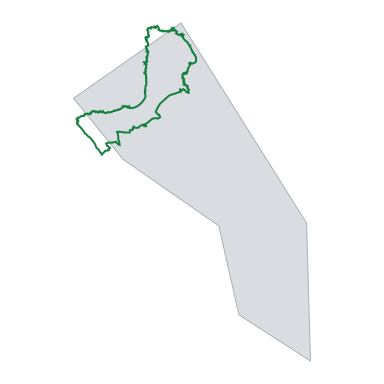 North Mahe, English River, Seychelles shown in context
{"feature_id": "34574756B41664711494427", "entity_name": "North Mahe", "entity_type": "district", "adm_level": 2, "iso_a3": "SYC", "parent_name": "Seychelles", "parent_adm1": "English River", "projection": "orthographic", "projection_center": [55.433, -4.604], "detail": "fine", "context": "in_parent", "style": "outline", "palette": "green", "viewbox_px": 384, "rotation_deg": 0, "n_neighbors": 0, "source": "geoboundaries", "source_scale": "gbopen_adm2", "svg_char_len": 5852}
<svg xmlns="http://www.w3.org/2000/svg" viewBox="0 0 384 384"><path d="M306.6,223.1L310.5,361.0L238.9,314.8L218.8,225.8L123.1,159.4L73.5,98.3L181.0,23.0L306.6,223.1Z" fill="#d9dde1" stroke="#a8b0b8" stroke-width="1"/><path d="M187.8,92.6L188.0,92.4L188.7,92.8L188.8,92.6L188.0,91.7L188.7,90.1L188.4,90.1L188.5,89.5L187.7,88.7L187.5,88.1L187.8,88.0L187.7,87.8L187.0,86.8L187.8,86.5L187.7,86.2L187.0,86.5L186.5,85.5L186.4,85.6L186.0,85.2L185.0,85.1L185.2,84.9L184.4,83.5L183.9,83.6L184.4,82.7L184.1,82.5L184.3,82.3L183.8,81.7L183.8,81.3L183.4,81.3L183.4,80.6L183.9,80.4L183.9,79.9L184.2,79.7L184.0,79.4L183.7,79.4L183.7,78.9L183.2,78.7L183.6,78.4L183.4,78.1L183.0,78.4L182.7,78.2L182.9,78.0L182.9,77.3L182.7,77.3L182.7,76.4L182.4,76.4L182.3,75.3L182.5,74.7L183.2,74.0L182.9,73.8L183.3,73.9L183.5,73.7L183.3,73.5L183.5,73.3L183.7,73.5L183.9,73.3L184.4,74.0L184.7,73.7L184.3,72.9L184.9,72.0L184.7,73.3L186.0,73.8L186.1,73.2L186.5,73.3L186.7,72.5L187.1,72.6L187.6,71.1L187.2,71.0L187.4,70.7L187.7,70.8L187.8,70.3L187.6,70.2L187.9,68.7L190.0,65.0L189.9,64.5L189.2,63.7L189.4,63.0L190.0,63.1L190.6,62.6L192.0,63.9L193.3,63.1L194.2,63.0L196.0,61.6L196.2,60.8L195.9,59.3L196.1,58.3L195.9,56.9L195.0,55.9L194.8,55.5L194.9,55.3L194.7,55.3L193.8,53.5L192.8,52.6L192.9,51.9L192.7,51.9L192.5,51.2L192.2,51.3L192.0,50.9L191.3,48.9L189.8,46.2L189.8,45.9L190.0,46.1L190.2,45.7L189.4,45.7L188.1,43.3L186.8,41.8L184.5,39.7L183.0,37.8L182.4,36.5L182.6,36.1L183.2,36.0L183.3,35.1L183.5,34.8L183.0,34.6L182.6,34.7L182.4,34.1L182.1,34.4L182.0,34.1L181.3,33.9L180.9,34.0L180.8,35.1L180.4,34.7L179.6,34.6L179.7,35.0L179.4,35.1L177.2,34.3L176.8,33.5L176.9,33.1L176.7,32.8L176.3,32.9L176.8,32.1L176.6,32.1L176.3,31.2L175.3,29.9L174.9,29.7L173.9,30.5L173.2,30.3L173.4,30.5L172.8,30.5L172.9,30.0L173.1,30.2L173.4,29.9L172.8,29.3L173.2,28.3L172.8,28.5L172.2,28.0L172.1,28.5L171.6,28.7L171.8,30.2L171.3,30.1L171.0,30.6L170.1,30.3L169.1,30.7L169.3,31.5L168.4,31.8L167.5,31.1L166.7,31.3L165.7,31.0L164.8,31.3L164.1,31.1L164.0,31.4L162.8,30.9L162.5,31.3L161.8,31.0L161.6,30.5L161.0,30.7L159.6,30.5L159.2,29.8L158.7,29.9L158.4,29.6L158.8,28.7L158.7,27.8L157.2,25.9L156.1,26.9L155.6,26.8L155.9,27.1L155.8,27.9L154.9,27.8L154.4,27.3L153.1,27.5L151.2,27.1L150.8,28.6L149.9,28.4L149.0,27.9L148.8,28.1L148.5,28.0L147.6,28.8L147.7,29.3L147.2,30.3L148.0,31.0L148.3,31.6L148.4,32.1L148.0,32.9L148.0,33.9L148.7,34.6L148.6,35.0L149.1,35.8L148.5,37.0L147.9,36.6L147.1,37.2L146.4,37.0L145.9,37.2L146.0,37.7L145.7,37.8L146.4,38.7L146.1,38.9L146.3,39.2L146.0,39.2L145.9,39.5L146.8,40.2L146.8,40.7L146.5,41.1L147.2,41.5L147.2,41.9L148.0,42.9L148.2,43.6L147.8,44.5L148.1,44.9L148.0,45.5L147.2,45.9L146.9,46.4L145.9,46.7L146.2,47.3L146.1,47.9L146.8,48.8L146.7,49.6L147.0,49.5L147.0,49.9L147.7,50.9L147.9,51.2L147.6,51.4L148.2,51.4L148.4,51.8L148.2,52.2L147.8,52.2L148.0,53.4L147.5,54.7L147.6,55.3L147.1,55.7L147.4,56.8L147.0,57.0L146.7,56.8L146.4,57.0L146.4,57.5L146.8,57.9L146.7,58.4L147.0,58.9L146.9,59.9L146.7,60.0L147.0,60.4L146.7,61.1L147.2,61.3L147.3,61.6L146.2,62.8L145.9,62.2L145.7,62.5L144.5,62.2L144.6,62.4L144.3,62.5L144.8,62.9L145.0,63.4L145.3,63.4L145.2,63.6L145.6,63.4L146.0,63.6L146.6,64.9L146.3,65.8L145.9,66.3L145.9,67.4L146.1,67.6L146.3,68.5L145.4,69.1L145.7,70.6L145.4,70.6L145.4,71.2L145.7,71.6L145.2,72.6L144.4,72.5L144.2,72.9L144.5,73.4L145.3,73.6L145.6,73.3L145.9,73.8L145.6,74.5L146.1,75.2L146.0,76.2L146.2,77.4L146.0,77.9L146.1,78.8L146.4,79.1L146.1,81.2L146.4,81.4L146.4,84.0L146.0,85.3L145.5,85.9L145.4,88.9L145.0,89.7L144.9,91.5L145.0,91.8L145.3,91.7L144.9,93.6L145.3,94.3L145.6,96.5L145.0,98.0L143.1,100.9L141.6,102.7L139.3,104.9L136.8,106.5L134.1,107.7L131.6,108.0L129.3,108.0L128.7,107.3L129.1,107.1L129.1,106.8L128.8,107.1L128.4,107.0L128.5,107.3L127.9,107.6L127.2,107.3L127.5,106.6L126.7,106.7L126.4,106.4L126.3,106.6L125.3,106.2L124.6,106.5L123.6,105.9L123.1,106.8L122.7,106.7L123.0,107.3L119.3,109.7L118.7,109.4L118.6,109.9L117.0,110.1L115.3,110.8L114.7,110.4L114.3,110.5L114.4,110.9L113.1,111.2L112.3,111.7L109.3,112.5L109.1,112.2L108.3,112.0L107.9,112.1L107.8,112.4L104.9,113.1L103.9,112.6L103.2,111.4L102.9,111.8L102.4,111.6L102.2,111.9L101.5,111.5L101.1,111.7L101.1,111.9L100.7,111.6L100.6,111.3L99.7,111.1L99.3,111.3L99.4,111.7L99.0,111.8L99.1,112.2L98.5,112.6L97.3,112.3L96.4,111.3L96.0,111.3L95.7,111.7L95.5,111.3L94.7,111.3L94.6,111.5L93.8,111.0L93.4,110.9L93.2,111.2L92.2,111.2L91.9,111.6L92.0,112.2L91.6,112.7L91.0,112.4L90.5,112.6L90.1,113.6L90.2,114.0L89.4,113.9L89.4,114.3L89.2,114.4L88.4,113.8L87.8,113.8L87.4,113.6L86.6,114.0L85.6,113.8L84.9,114.0L84.5,114.2L84.1,115.1L84.5,115.5L84.4,115.8L81.3,116.1L79.3,117.6L78.4,117.4L78.0,118.2L76.6,118.6L76.6,119.1L76.8,119.6L77.5,119.8L78.1,120.5L77.3,120.9L77.2,121.2L77.9,122.5L76.9,123.1L77.0,123.8L81.3,128.2L83.6,131.2L84.9,133.4L86.5,134.5L87.6,135.9L90.2,137.8L92.4,140.3L95.0,144.1L96.3,147.4L99.2,150.4L100.0,152.0L100.9,153.0L101.8,154.6L105.3,150.8L105.9,150.6L107.2,150.7L108.7,150.2L108.5,149.3L109.0,149.3L109.8,148.3L109.8,147.9L107.9,146.2L107.1,145.9L106.1,143.6L106.5,143.3L108.9,142.6L111.6,142.6L114.1,142.3L116.0,141.7L117.0,143.1L118.4,144.4L119.6,144.9L119.3,142.2L118.3,139.7L118.3,136.8L117.9,134.4L117.1,131.9L118.3,131.7L121.9,132.0L124.6,132.6L125.8,132.4L129.0,132.6L129.8,132.4L129.9,130.2L132.1,130.1L133.0,129.6L132.5,128.3L133.7,126.6L134.2,127.7L135.1,127.6L136.3,127.9L138.6,127.6L138.7,127.2L140.9,125.5L144.0,124.5L144.1,126.1L146.0,126.2L145.5,124.3L152.4,118.7L153.5,118.6L154.6,118.2L157.8,118.3L158.4,118.5L159.2,117.7L160.1,117.1L159.4,115.2L158.9,114.7L158.5,114.9L157.7,114.3L155.8,112.0L155.8,111.6L157.3,108.3L160.0,103.8L168.7,95.9L170.9,94.8L174.1,93.9L180.1,91.7L180.5,92.0L181.4,91.0L180.4,90.4L180.0,89.5L180.1,89.3L181.1,90.2L182.3,90.0L183.1,89.1L184.2,89.8L184.9,89.9L185.0,90.3L186.1,91.8L187.8,92.6Z" fill="none" stroke="#15803d" stroke-width="2"/></svg>